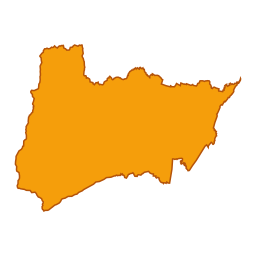 Kui Buri, Prachuap Khiri Khan, Thailand (Equal Earth projection)
{"feature_id": "78962969B26279095645158", "entity_name": "Kui Buri", "entity_type": "district", "adm_level": 2, "iso_a3": "THA", "parent_name": "Thailand", "parent_adm1": "Prachuap Khiri Khan", "projection": "equal_earth", "projection_center": [99.804, 12.111], "detail": "fine", "context": "isolated", "style": "filled", "palette": "amber", "viewbox_px": 256, "rotation_deg": 0, "n_neighbors": 0, "source": "geoboundaries", "source_scale": "gbopen_adm2", "svg_char_len": 5683}
<svg xmlns="http://www.w3.org/2000/svg" viewBox="0 0 256 256"><path d="M240.5,78.6L240.2,79.8L238.6,82.4L237.0,82.0L236.4,83.3L234.6,83.4L234.3,84.1L233.3,84.4L232.3,83.9L231.8,84.4L230.3,83.2L229.7,83.8L229.7,84.6L229.3,84.3L229.2,85.4L228.2,85.8L227.7,86.3L226.7,85.5L226.7,84.3L226.2,84.5L224.8,85.7L225.1,86.3L224.9,86.9L224.9,87.6L224.3,87.5L224.3,88.8L224.0,88.8L224.0,90.2L223.1,90.1L222.7,91.6L218.7,91.0L218.6,90.7L219.0,88.9L215.7,87.9L214.5,87.2L213.2,87.4L212.5,88.5L211.5,88.2L211.2,87.4L211.2,86.4L210.7,85.1L209.7,83.9L209.8,81.8L209.2,80.9L207.8,80.7L205.2,81.0L204.6,81.4L202.7,80.8L200.2,80.8L199.7,81.2L199.4,82.8L197.7,83.5L197.2,84.9L196.3,86.0L193.3,85.4L192.7,84.5L191.0,85.4L186.6,83.8L186.4,84.5L184.7,84.0L184.2,84.3L180.9,83.0L180.3,85.6L176.5,83.5L175.8,85.0L174.4,86.8L171.5,86.7L171.5,86.4L170.6,85.8L170.2,86.8L166.0,85.7L161.4,84.0L162.7,79.7L161.8,79.2L161.0,77.9L158.6,75.7L157.3,75.3L154.4,75.4L153.9,74.7L152.4,73.8L152.2,75.1L151.2,74.6L150.1,75.7L149.6,76.5L149.8,77.7L149.6,77.7L149.2,76.7L147.8,75.6L147.6,75.8L147.2,75.5L147.1,74.7L146.8,74.8L146.0,73.9L145.9,72.8L145.2,72.4L144.5,71.3L144.3,69.5L143.6,69.4L143.7,69.0L143.1,68.6L142.9,67.9L142.2,68.4L141.5,68.6L140.5,67.5L140.2,67.8L139.8,67.7L139.8,68.3L139.3,69.2L138.6,68.8L138.5,68.3L137.7,68.4L137.4,67.9L136.9,68.3L136.0,68.2L136.0,68.6L135.6,68.2L135.5,68.7L134.5,68.5L134.1,69.4L133.3,69.3L133.3,69.7L132.8,70.1L131.8,70.0L130.6,71.2L129.9,71.5L128.1,74.3L128.3,75.5L127.7,75.6L127.4,76.1L127.3,76.9L126.8,78.1L126.0,78.8L124.9,78.8L124.5,79.2L124.1,79.1L123.2,79.6L121.5,79.0L120.2,77.8L119.6,77.9L118.7,77.3L117.0,77.2L115.4,77.6L114.6,78.3L114.1,78.3L113.4,79.4L112.7,79.7L112.1,79.4L111.5,78.0L109.8,76.3L108.9,77.3L108.9,78.0L108.0,78.0L107.3,78.6L107.1,80.4L105.2,81.3L104.1,82.2L103.8,83.5L102.9,84.7L102.3,84.8L100.1,84.3L99.6,84.7L98.4,83.5L98.1,82.2L97.1,82.8L96.1,82.6L94.3,84.7L93.8,84.1L93.0,83.7L92.9,82.6L90.1,81.9L89.9,80.1L89.5,79.0L87.7,77.8L86.4,78.1L86.1,76.0L85.5,75.7L84.4,75.8L83.7,74.8L84.0,71.3L84.4,69.9L84.5,67.9L84.8,67.3L84.4,65.7L84.2,61.7L83.9,61.2L83.2,58.4L82.2,56.7L82.2,55.3L82.6,54.8L83.2,53.5L82.6,49.7L82.9,48.8L82.3,46.9L82.1,45.1L81.5,45.0L80.5,45.4L79.4,45.1L78.0,46.2L74.6,45.0L73.1,46.1L72.5,47.1L70.3,47.4L69.6,49.7L69.0,50.1L66.7,50.1L65.6,48.8L63.8,48.0L63.5,45.8L63.1,45.3L62.1,45.8L61.3,45.5L60.4,46.1L59.5,45.9L58.6,46.5L57.3,48.0L55.6,47.0L54.6,45.9L53.4,47.3L52.7,47.5L51.5,47.2L50.1,48.5L48.3,48.8L47.0,48.2L45.8,48.8L44.6,48.8L43.4,50.7L43.3,52.3L41.9,53.3L39.9,55.9L39.9,56.4L41.1,57.8L41.3,60.3L41.8,62.6L40.1,66.1L40.4,69.7L40.2,71.7L40.4,73.5L40.4,75.5L40.0,76.6L40.2,79.8L39.8,82.6L38.9,84.1L38.5,88.3L38.0,88.9L34.1,90.6L31.6,90.3L30.8,91.5L30.9,92.6L32.4,94.5L32.5,96.4L34.2,98.5L33.5,101.4L32.6,103.8L32.8,104.5L33.6,105.4L33.7,106.7L33.2,107.0L33.5,108.1L32.7,111.0L32.7,112.1L31.5,113.1L30.4,114.8L29.5,115.2L29.1,116.6L28.6,117.1L28.2,121.4L28.4,122.8L26.1,126.6L26.2,128.1L25.8,129.8L26.3,131.1L25.7,132.4L26.4,135.2L26.4,138.6L25.9,139.4L25.2,139.6L23.8,141.0L23.6,146.0L22.7,146.3L22.4,147.8L21.4,149.3L19.0,150.9L16.1,156.3L16.0,159.0L15.6,161.2L15.4,164.2L16.7,166.5L16.5,169.4L16.7,171.0L19.0,172.6L19.5,175.7L19.5,178.1L18.9,179.7L18.1,180.5L18.0,183.8L17.2,185.6L17.4,187.1L18.1,188.3L19.5,188.3L20.7,188.8L24.5,189.4L26.3,190.3L30.2,190.5L31.7,192.6L35.0,192.2L36.4,193.6L36.7,194.7L38.3,197.0L39.8,197.5L41.6,198.7L42.3,200.7L43.2,201.7L43.2,202.9L42.4,204.2L42.8,205.5L42.1,206.6L42.2,208.5L42.6,209.5L43.5,210.1L43.9,211.0L45.0,210.4L47.7,210.3L48.7,209.9L54.8,205.1L56.3,204.6L59.1,203.1L60.4,201.7L61.5,199.5L62.3,198.8L65.2,198.1L68.1,196.4L71.8,196.3L74.7,194.6L77.0,194.1L78.7,192.4L82.4,190.7L83.6,189.6L93.5,184.2L95.9,182.0L99.4,181.5L103.9,179.4L106.5,177.6L111.0,177.2L114.3,175.9L115.4,175.9L115.7,175.5L116.8,175.1L117.3,175.7L119.1,175.3L120.1,175.5L120.4,175.3L120.9,173.8L122.0,174.8L122.4,174.1L123.0,175.0L124.1,175.5L124.7,177.5L126.4,178.1L127.8,175.8L127.9,175.3L128.7,174.3L129.5,174.2L130.2,173.6L132.2,173.3L132.8,172.8L133.4,173.3L134.8,176.2L136.2,176.4L136.6,176.1L137.2,176.3L137.7,175.1L138.5,174.7L140.9,175.1L142.3,173.6L142.7,173.7L144.3,172.3L148.6,171.4L150.2,173.2L152.1,173.9L153.4,174.0L153.3,176.0L155.9,176.1L155.7,177.1L156.2,177.8L156.6,178.0L157.3,177.5L158.2,177.5L159.2,178.2L159.0,178.9L159.6,180.4L160.6,181.9L161.5,182.5L162.8,182.7L163.4,183.5L163.8,182.8L165.3,182.9L166.1,183.3L166.8,182.0L167.9,183.0L169.6,183.1L171.9,169.3L172.6,159.0L174.0,159.0L174.7,159.4L176.5,158.9L177.0,159.4L177.7,158.8L179.1,158.5L181.5,158.3L182.4,158.6L182.5,159.9L182.1,161.2L181.6,161.6L181.2,160.8L180.6,161.1L180.5,161.8L181.1,162.1L180.8,163.2L181.0,163.8L181.2,164.0L181.9,163.1L183.3,163.9L183.8,162.7L185.0,163.3L185.3,164.0L184.4,164.0L184.4,165.4L185.3,165.6L185.5,166.0L186.0,165.9L186.4,167.0L186.0,168.0L186.6,168.9L187.5,169.6L188.0,170.7L189.0,170.6L189.5,170.2L192.4,165.7L196.1,160.6L205.1,146.1L206.6,144.9L208.2,147.3L208.3,145.9L211.2,142.3L212.0,142.9L212.9,144.3L213.3,144.3L213.8,143.7L214.3,142.9L214.2,141.4L214.4,140.9L214.9,140.7L214.7,138.9L215.9,136.2L216.6,135.8L216.2,134.9L216.5,133.5L216.0,133.3L215.8,132.9L216.3,131.5L215.5,131.3L215.3,130.2L214.4,130.3L214.1,128.5L213.4,128.0L214.8,122.7L217.1,116.3L217.1,115.0L216.7,114.1L217.3,113.6L218.4,111.3L220.0,107.5L219.9,106.4L220.7,105.3L221.5,104.6L222.1,104.8L222.4,105.6L222.4,104.8L224.2,101.7L224.8,101.3L225.1,101.8L225.6,101.4L227.7,98.7L228.2,97.5L229.4,97.5L230.2,95.8L231.2,95.1L231.8,94.1L232.1,94.1L233.6,91.9L233.8,91.1L233.6,90.0L235.5,86.3L236.8,85.3L237.4,83.4L238.4,83.4L239.0,82.7L240.4,80.2L240.6,78.9L240.5,78.6Z" fill="#f59e0b" stroke="#b45309" stroke-width="1.5"/></svg>